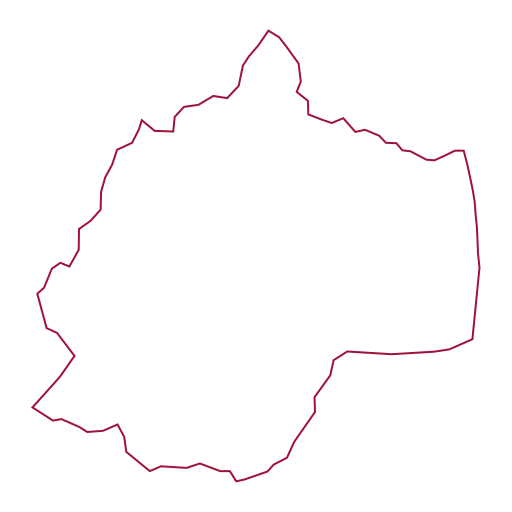 the district of Tupanci do Sul, Rio Grande do Sul, Brazil
{"feature_id": "56859067B31441809180577", "entity_name": "Tupanci do Sul", "entity_type": "district", "adm_level": 2, "iso_a3": "BRA", "parent_name": "Brazil", "parent_adm1": "Rio Grande do Sul", "projection": "natural_earth1", "projection_center": [-51.538, -27.925], "detail": "fine", "context": "isolated", "style": "outline", "palette": "rose", "viewbox_px": 512, "rotation_deg": 0, "n_neighbors": 0, "source": "geoboundaries", "source_scale": "gbopen_adm2", "svg_char_len": 1237}
<svg xmlns="http://www.w3.org/2000/svg" viewBox="0 0 512 512"><path d="M463.7,150.7L454.9,150.7L443.7,156.1L434.5,160.3L426.4,159.7L410.5,151.3L402.3,150.3L396.4,143.2L385.9,142.8L379.2,135.7L365.0,129.8L355.3,131.9L343.3,118.2L331.7,123.0L321.7,119.6L308.3,114.4L307.9,100.8L296.7,91.9L300.8,81.6L298.6,63.5L286.2,46.4L279.1,37.2L268.4,30.7L258.4,45.3L248.9,56.4L242.9,65.6L238.7,85.8L227.2,98.1L213.2,96.0L198.5,104.8L183.9,106.9L174.7,116.9L173.2,131.5L154.7,130.9L141.8,120.2L138.9,129.4L132.1,142.8L117.1,149.7L112.1,164.7L105.2,177.4L101.1,191.8L100.6,209.6L90.6,220.8L79.0,229.0L78.7,249.8L69.4,266.5L60.4,262.8L51.9,268.6L44.0,287.8L37.3,293.7L46.6,328.1L57.0,332.9L74.5,355.9L60.4,376.1L54.2,383.2L32.5,407.4L53.0,420.6L61.4,419.1L79.4,427.0L87.3,432.0L103.0,430.8L117.5,424.5L124.2,436.8L126.3,451.9L149.8,471.1L161.0,466.3L186.5,467.9L199.9,463.5L220.1,471.1L229.9,471.1L236.2,481.3L244.1,479.6L267.5,471.5L273.7,464.6L287.0,457.7L294.1,442.0L315.0,412.0L314.5,397.2L330.3,375.3L333.6,360.2L347.2,351.5L391.6,354.2L434.0,351.7L449.2,349.4L472.4,339.2L479.5,267.6L478.0,253.6L477.5,240.7L476.9,227.3L475.6,214.4L474.7,202.1L473.0,191.4L470.4,178.7L467.1,163.7L463.7,150.7Z" fill="none" stroke="#9f1239" stroke-width="2"/></svg>